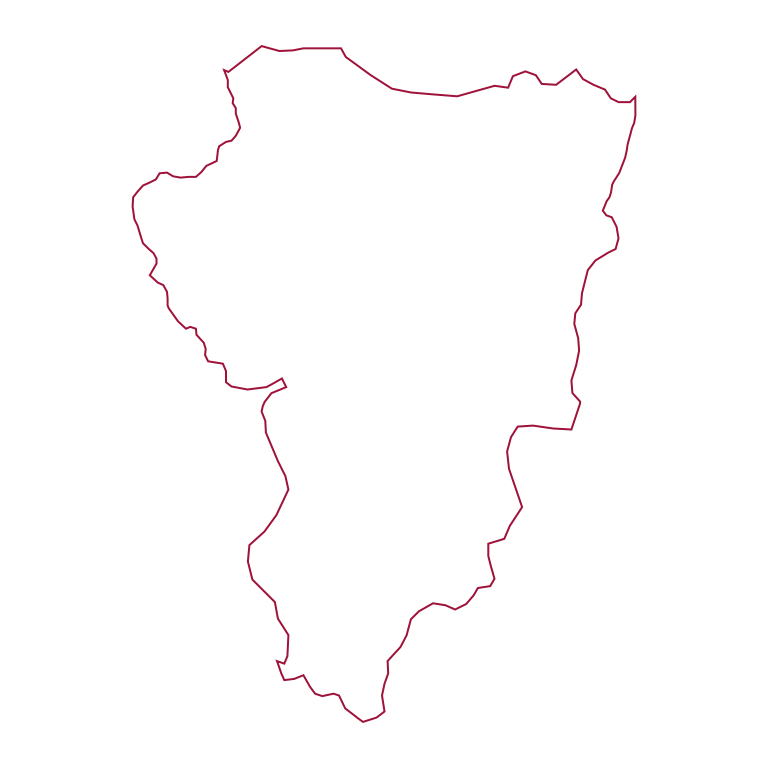 Tanah Merah, Kelantan, Malaysia (Mercator projection)
{"feature_id": "92858781B67391800412495", "entity_name": "Tanah Merah", "entity_type": "district", "adm_level": 2, "iso_a3": "MYS", "parent_name": "Malaysia", "parent_adm1": "Kelantan", "projection": "mercator", "projection_center": [102.021, 5.718], "detail": "fine", "context": "isolated", "style": "outline", "palette": "rose", "viewbox_px": 768, "rotation_deg": 0, "n_neighbors": 0, "source": "geoboundaries", "source_scale": "gbopen_adm2", "svg_char_len": 2423}
<svg xmlns="http://www.w3.org/2000/svg" viewBox="0 0 768 768"><path d="M224.1,70.1L227.8,79.9L227.8,87.2L230.9,93.4L233.3,98.3L232.7,103.2L235.8,108.1L235.8,113.7L238.9,122.9L240.1,127.8L235.8,135.8L231.5,140.7L226.0,141.9L219.2,146.2L218.0,149.9L216.7,161.0L206.3,165.9L201.4,172.0L195.9,176.9L188.5,176.9L180.5,177.6L173.1,176.3L167.0,172.6L159.6,173.3L155.9,179.4L149.8,182.5L143.0,185.5L137.5,191.7L133.2,197.2L132.6,206.4L134.4,219.3L137.5,225.5L138.7,229.5L141.2,237.8L143.0,243.3L149.2,249.4L153.5,253.1L156.5,258.7L156.5,263.6L149.8,275.3L157.8,282.6L163.3,285.1L167.0,291.8L167.6,298.6L167.6,305.4L168.8,308.4L178.0,321.3L186.0,328.7L190.3,326.9L195.9,328.7L196.5,334.8L203.8,342.8L205.7,349.0L205.1,355.1L208.1,361.3L222.9,363.7L226.0,371.1L226.0,377.2L226.0,382.2L231.5,386.5L247.5,389.5L266.5,387.1L273.3,383.4L281.9,378.5L286.2,387.1L271.4,393.2L264.7,401.8L262.8,406.1L261.6,411.6L265.3,420.9L265.9,432.6L277.9,461.1L285.4,476.1L288.4,489.6L276.4,515.1L264.4,531.6L249.4,545.1L247.9,561.6L252.4,579.6L274.9,602.1L277.9,618.6L288.4,635.1L287.4,656.2L284.3,663.6L277.0,661.1L281.3,673.4L284.3,680.1L294.2,678.9L303.4,675.2L310.1,686.9L315.1,693.7L322.4,696.1L327.0,695.1L333.5,693.7L339.0,695.5L345.2,708.4L358.7,718.8L363.0,721.9L376.5,717.6L384.5,711.5L382.0,695.5L384.5,683.8L388.2,673.4L387.6,661.1L393.1,655.0L400.5,647.0L406.6,635.3L410.9,619.3L418.9,611.3L433.0,603.3L445.3,605.2L455.1,609.5L466.2,604.0L473.6,595.4L477.9,588.0L490.2,586.1L494.5,578.8L490.8,565.9L488.3,556.0L488.3,543.7L504.3,538.8L509.8,525.9L522.1,507.1L509.0,468.8L507.1,451.5L511.0,437.1L517.7,426.6L533.0,425.6L553.2,428.5L571.4,429.5L580.1,403.5L580.1,401.6L572.4,393.0L571.4,380.5L576.2,365.1L579.1,350.7L578.2,338.3L574.3,323.9L575.3,313.3L581.0,304.7L582.0,293.1L587.8,270.1L595.4,260.5L607.9,252.8L615.6,249.0L618.5,238.4L616.6,226.9L611.8,217.3L606.3,215.3L602.8,210.6L605.1,205.1L606.7,201.1L609.5,197.2L611.0,192.5L612.2,184.6L614.2,180.7L616.6,177.1L619.3,172.8L625.2,157.5L626.8,150.0L627.6,144.5L630.7,133.1L631.9,128.4L634.2,122.9L635.4,115.4L635.3,96.8L630.0,102.1L618.5,102.1L610.8,98.3L605.0,89.6L593.5,84.8L583.0,79.1L576.2,69.5L556.1,84.8L541.7,83.9L535.9,75.2L525.4,71.4L512.9,76.2L508.1,87.7L494.6,85.8L477.4,90.6L457.2,96.3L433.2,94.4L411.1,92.5L391.9,88.7L370.8,75.2L345.8,57.0L341.0,48.3L303.6,48.3L292.9,50.4L279.4,51.0L261.6,46.1L228.4,71.9L224.1,70.1Z" fill="none" stroke="#9f1239" stroke-width="2"/></svg>